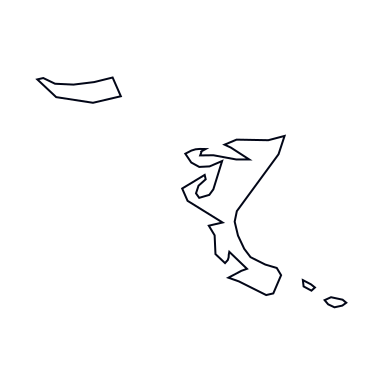 Providenciales and West Caicos, Equal Earth projection, rotated 77°
{"feature_id": "TCA-5005", "entity_name": "Providenciales and West Caicos", "entity_type": "state/province", "adm_level": 1, "iso_a3": "TCA", "parent_name": "Turks and Caicos Islands", "parent_adm1": "", "projection": "equal_earth", "projection_center": [-72.259, 21.758], "detail": "fine", "context": "isolated", "style": "outline", "palette": "ink", "viewbox_px": 384, "rotation_deg": 77, "n_neighbors": 0, "source": "natural_earth", "source_scale": "10m", "svg_char_len": 1092}
<svg xmlns="http://www.w3.org/2000/svg" viewBox="0 0 384 384"><g transform="rotate(77 192 192)"><path d="M153.2,149.6L151.0,136.8L158.7,106.0L158.2,89.2L174.7,99.2L220.7,152.6L230.5,157.1L244.8,157.0L259.1,153.9L268.7,149.6L279.2,136.9L285.1,126.5L293.1,123.9L309.1,135.6L309.1,142.9L289.6,166.5L283.7,175.8L279.9,161.6L279.2,155.7L258.7,169.1L261.4,170.3L263.9,171.0L266.3,172.4L268.7,175.8L257.8,183.1L239.3,179.7L228.6,183.2L228.6,169.1L199.6,198.3L186.4,200.8L178.2,175.8L182.7,175.8L187.3,184.2L194.2,188.4L199.3,186.3L198.7,175.8L194.2,170.6L168.6,155.7L171.0,169.1L169.2,179.3L163.1,186.1L153.2,189.9L151.5,183.3L151.2,178.9L151.8,174.7L153.2,169.1L154.4,173.3L154.7,174.0L155.5,174.0L158.2,175.8L161.0,162.9L170.2,141.7L173.2,128.9L157.5,144.1L153.2,149.6ZM62.6,243.6L82.7,239.8L82.8,268.4L69.0,303.0L47.5,317.4L47.5,311.3L55.7,301.1L60.7,283.3L62.9,262.6L62.6,243.6ZM330.8,69.5L334.6,66.6L336.5,71.1L336.4,79.1L332.1,84.6L327.2,87.1L325.8,80.2L330.8,69.5ZM308.7,96.9L312.7,93.7L315.0,97.8L309.1,104.5L302.8,103.8L308.7,96.9Z" fill="none" stroke="#020617" stroke-width="2"/></g></svg>